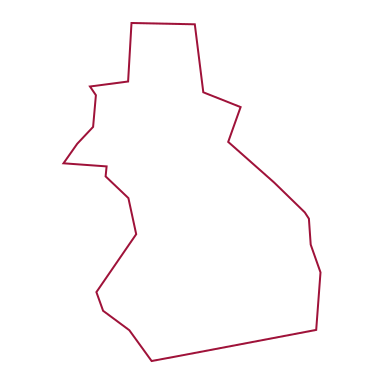 outline of Portsmouth, Virginia, United States of America
{"feature_id": "52423323B65063199058226", "entity_name": "Portsmouth", "entity_type": "district", "adm_level": 2, "iso_a3": "USA", "parent_name": "United States of America", "parent_adm1": "Virginia", "projection": "mercator", "projection_center": [-76.365, 36.855], "detail": "fine", "context": "isolated", "style": "outline", "palette": "rose", "viewbox_px": 384, "rotation_deg": 0, "n_neighbors": 0, "source": "geoboundaries", "source_scale": "gbopen_adm2", "svg_char_len": 450}
<svg xmlns="http://www.w3.org/2000/svg" viewBox="0 0 384 384"><path d="M63.5,163.3L106.6,166.4L105.6,176.4L128.4,198.1L136.2,234.2L96.4,292.1L103.1,310.8L129.3,330.2L151.6,361.0L174.9,356.7L316.2,329.9L320.5,272.4L310.7,244.6L308.9,218.7L304.8,212.4L274.1,182.5L228.2,141.9L234.5,124.2L240.6,107.1L203.3,92.3L194.8,24.3L131.5,23.0L128.1,81.5L90.0,86.5L95.9,95.2L93.1,126.9L77.2,143.8L63.5,163.3Z" fill="none" stroke="#9f1239" stroke-width="2"/></svg>